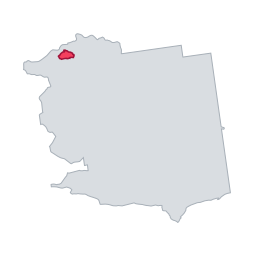 location of Mukjar, Central Darfur, Sudan, rotated 82°
{"feature_id": "16777658B99051784139015", "entity_name": "Mukjar", "entity_type": "district", "adm_level": 2, "iso_a3": "SDN", "parent_name": "Sudan", "parent_adm1": "Central Darfur", "projection": "natural_earth1", "projection_center": [23.598, 11.812], "detail": "fine", "context": "in_parent", "style": "filled", "palette": "rose", "viewbox_px": 256, "rotation_deg": 82, "n_neighbors": 0, "source": "geoboundaries", "source_scale": "gbopen_adm2", "svg_char_len": 4834}
<svg xmlns="http://www.w3.org/2000/svg" viewBox="0 0 256 256"><g transform="rotate(82 128 128)"><path d="M175.6,212.1L173.3,212.1L173.1,211.5L173.1,209.8L173.4,208.5L174.2,206.5L174.0,205.4L174.1,203.8L173.5,202.0L168.0,196.8L166.9,195.4L164.0,194.1L164.5,192.6L163.2,182.0L163.8,180.7L164.0,178.9L163.9,177.3L164.6,174.5L164.7,173.4L158.9,173.3L158.9,174.5L159.1,175.8L159.1,176.3L151.1,176.3L154.4,180.5L154.5,182.3L154.4,184.6L154.4,186.1L154.6,187.0L155.5,188.9L155.4,189.2L155.2,189.7L149.6,195.2L148.6,197.8L147.9,199.2L146.3,201.4L141.1,207.4L140.3,207.8L136.3,208.0L135.9,208.1L135.6,208.4L135.4,208.3L132.0,204.8L126.3,200.7L122.6,202.8L121.5,203.6L121.5,205.7L121.0,206.7L120.0,207.8L117.2,208.5L115.7,209.1L114.0,210.3L112.3,212.1L112.2,213.1L112.4,214.0L102.8,214.0L102.1,213.3L100.7,210.1L99.7,210.3L91.0,210.0L89.7,210.3L87.2,211.6L86.0,211.8L84.7,211.2L80.0,205.0L79.0,204.3L78.0,202.8L77.0,202.2L76.7,201.7L76.6,201.0L76.6,199.7L76.3,198.8L75.5,198.6L69.4,200.1L68.5,199.9L67.2,200.2L66.7,200.4L66.2,201.2L66.1,202.9L66.0,203.8L65.5,204.7L63.7,206.8L63.3,207.7L63.4,210.0L63.3,211.2L63.0,211.7L62.3,212.6L62.0,213.1L61.7,216.1L60.7,217.9L60.5,218.5L60.4,219.8L60.3,220.2L57.5,221.2L56.4,221.9L55.8,222.9L55.6,223.3L54.4,222.9L52.9,222.7L50.0,222.4L48.8,221.9L48.3,221.2L48.4,219.4L48.1,219.0L47.7,218.7L47.4,217.9L47.4,217.0L49.0,214.9L49.3,213.8L49.7,208.6L49.6,207.0L48.3,204.1L45.5,199.1L44.9,198.1L41.3,194.0L40.9,193.4L40.1,191.6L41.0,187.8L41.1,186.7L40.8,185.6L40.0,184.8L39.2,184.7L38.1,183.7L37.5,183.2L36.8,182.3L36.4,181.1L36.7,176.6L36.5,176.0L35.6,175.8L35.4,175.5L35.5,174.6L35.0,172.0L34.4,169.9L34.7,168.8L34.0,167.1L32.6,166.5L29.8,167.0L28.9,166.9L28.3,166.6L27.9,166.0L27.6,165.3L27.8,164.3L28.6,162.4L29.6,160.8L31.7,159.3L32.2,158.6L32.5,157.7L32.6,156.8L32.4,155.7L32.2,154.8L31.6,153.6L31.1,152.1L31.1,151.1L31.3,150.4L31.9,149.6L33.9,147.9L35.9,146.5L36.3,146.0L36.1,145.4L35.2,144.3L34.9,142.1L34.4,140.6L35.4,139.4L36.2,139.0L37.4,138.6L37.9,138.1L38.0,137.2L38.0,136.3L38.4,135.7L39.0,134.2L39.4,133.6L41.0,131.9L41.3,130.9L41.4,129.8L41.0,126.7L41.9,125.4L43.1,124.3L44.7,124.4L47.3,124.2L49.1,123.7L50.3,123.7L53.2,124.3L53.5,124.1L53.6,123.2L53.5,63.8L65.3,63.8L65.4,63.7L65.4,35.6L139.2,35.6L139.8,35.5L141.0,32.9L141.5,32.7L142.2,32.9L142.5,33.5L141.9,35.6L206.4,35.6L206.6,38.8L207.2,41.4L209.1,45.1L210.7,47.0L211.3,48.1L211.3,48.6L211.3,49.1L210.8,48.6L210.0,48.2L209.9,49.9L210.4,53.5L211.1,55.9L210.7,58.2L210.8,62.1L211.7,66.7L211.6,69.7L213.1,76.6L214.5,80.4L215.3,81.4L216.1,81.9L217.6,82.2L220.0,84.1L221.8,86.2L222.5,87.3L223.4,88.5L224.0,88.2L224.4,87.9L225.0,88.9L227.9,90.9L228.4,91.9L227.3,92.8L226.2,94.5L225.6,96.0L225.3,96.4L224.4,97.4L224.2,97.8L223.8,98.1L223.4,98.1L222.4,98.6L221.5,98.5L220.6,98.8L220.3,99.1L219.6,99.4L218.6,99.6L217.2,100.9L215.9,101.5L215.4,102.0L214.8,104.5L214.3,105.2L212.4,105.3L211.4,105.5L210.1,105.2L209.5,105.2L209.3,105.8L209.1,107.9L209.2,108.9L208.1,111.4L208.5,116.0L207.5,119.4L207.4,120.2L206.4,123.0L205.9,124.0L204.6,129.1L204.1,130.7L203.0,132.4L204.3,144.7L203.4,148.5L203.5,150.5L202.9,153.6L202.3,155.0L201.5,156.7L200.8,158.6L200.2,161.1L199.8,165.8L199.6,166.2L196.2,166.8L195.1,167.1L194.4,167.7L193.5,168.9L191.8,172.2L190.9,174.2L189.4,177.0L187.8,179.0L187.4,180.0L187.2,181.8L186.6,184.6L186.0,186.6L186.1,188.2L185.6,191.0L185.7,192.4L185.1,193.2L184.4,193.9L183.8,194.1L181.4,192.2L179.7,193.5L178.7,195.3L177.9,197.1L178.4,201.0L178.3,201.9L178.1,202.8L176.5,206.6L176.1,208.3L175.6,211.4L175.6,212.1Z" fill="#d9dde1" stroke="#a8b0b8" stroke-width="1"/><path d="M42.0,180.6L42.4,180.8L43.5,180.4L43.7,180.5L43.7,182.0L44.0,182.6L44.3,183.0L44.5,183.5L45.1,184.3L45.6,184.9L46.0,184.9L46.6,185.9L46.6,186.1L46.9,186.5L47.0,186.6L47.2,186.9L47.4,186.8L47.5,186.8L47.8,186.7L48.1,186.6L48.3,186.5L48.6,186.3L48.8,186.3L49.0,186.3L49.1,186.2L49.4,186.1L49.6,185.9L49.8,185.8L49.8,185.7L49.8,185.3L49.9,185.1L50.0,185.1L50.1,184.9L50.3,184.8L50.4,184.7L50.5,184.6L50.7,184.4L50.7,184.2L50.6,183.8L50.6,183.7L50.6,183.4L50.5,183.0L50.5,182.9L50.5,182.6L50.5,182.3L50.5,182.2L50.4,181.6L50.4,181.4L50.4,181.1L50.4,180.5L50.4,180.4L50.5,179.7L50.6,179.3L50.5,179.1L50.5,178.9L50.6,178.7L50.9,178.6L50.9,178.4L50.9,178.2L51.0,177.9L50.8,177.1L50.6,176.5L50.7,176.3L50.8,176.0L50.7,176.0L50.7,175.9L50.3,175.6L50.2,175.6L50.2,175.4L50.1,175.1L50.1,174.6L50.2,174.3L50.3,173.7L50.4,173.0L50.5,172.8L50.6,172.5L50.6,172.3L50.3,172.3L50.0,172.1L49.8,171.9L49.3,171.5L49.1,171.5L48.8,171.6L48.7,171.5L48.5,171.3L47.7,171.4L47.6,171.6L47.6,171.9L47.6,172.2L47.4,172.4L46.9,172.5L46.1,172.6L45.4,174.0L45.0,174.1L44.6,175.7L44.4,176.4L44.2,176.6L43.5,177.1L43.5,177.3L43.1,177.6L42.9,178.0L42.8,178.8L42.7,179.0L42.3,179.1L42.2,179.4L42.1,179.8L42.0,180.3L42.0,180.6Z" fill="#f43f5e" stroke="#9f1239" stroke-width="1.5"/></g></svg>